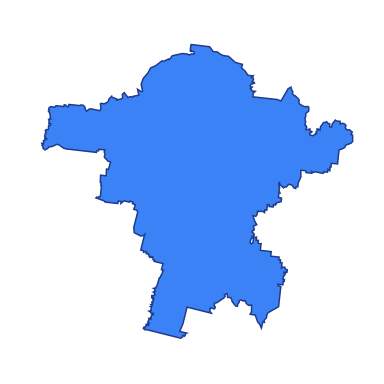 outline of Mitchell, Victoria, Australia, rotated 6°
{"feature_id": "25037944B63787272509894", "entity_name": "Mitchell", "entity_type": "district", "adm_level": 2, "iso_a3": "AUS", "parent_name": "Australia", "parent_adm1": "Victoria", "projection": "mercator", "projection_center": [145.144, -37.175], "detail": "fine", "context": "isolated", "style": "filled", "palette": "blue", "viewbox_px": 384, "rotation_deg": 6, "n_neighbors": 0, "source": "geoboundaries", "source_scale": "gbopen_adm2", "svg_char_len": 6016}
<svg xmlns="http://www.w3.org/2000/svg" viewBox="0 0 384 384"><g transform="rotate(6 192 192)"><path d="M42.3,142.0L42.8,143.3L42.3,145.2L40.5,145.1L39.7,146.2L40.8,148.6L40.0,149.0L39.6,152.1L41.7,154.1L40.2,154.0L40.6,155.0L40.1,154.8L40.1,155.9L38.8,156.7L39.4,157.4L39.0,159.1L37.5,159.3L38.2,160.5L38.8,160.4L38.0,161.4L39.2,162.3L39.1,163.8L41.3,165.5L44.0,163.8L44.9,162.2L48.3,161.3L52.5,158.8L54.7,158.9L59.6,161.8L62.2,162.3L92.8,162.6L92.9,161.1L94.9,160.7L94.9,159.2L101.1,159.3L100.5,161.3L101.6,163.9L101.1,165.8L101.4,166.9L105.4,170.2L107.9,170.6L106.5,178.3L104.6,178.1L104.9,184.9L99.3,184.8L99.8,192.1L100.6,192.1L100.8,195.2L101.3,195.2L101.3,206.1L99.7,206.6L99.1,207.6L98.1,207.8L97.8,207.1L97.1,207.9L105.9,210.1L106.6,211.1L119.4,211.2L119.7,208.8L122.4,208.8L122.5,210.8L125.2,207.9L131.0,208.6L131.3,207.5L134.4,208.3L134.0,209.8L137.0,210.5L135.9,215.3L139.0,215.8L140.1,217.7L137.8,233.3L138.8,238.5L145.8,241.2L148.4,240.2L149.3,239.2L147.1,255.1L149.5,255.4L150.2,257.0L152.3,255.9L152.9,258.0L153.9,258.4L154.3,257.6L155.6,258.7L155.8,260.2L156.4,260.1L156.9,261.4L158.8,261.2L158.7,260.4L159.4,260.4L160.2,261.5L160.2,263.3L162.2,264.0L161.8,265.0L170.6,266.2L169.7,272.4L171.8,272.8L171.1,273.5L170.9,276.7L169.9,277.8L169.4,280.3L168.5,280.7L166.8,289.6L165.6,290.7L165.9,291.5L164.0,291.9L165.0,292.3L165.2,294.1L165.8,294.4L164.0,295.5L165.0,295.8L165.0,296.7L165.9,297.4L165.5,298.7L162.8,299.2L162.9,300.8L164.3,300.6L165.0,301.8L163.9,302.1L165.0,303.0L164.5,303.3L165.0,304.3L163.6,305.5L163.7,306.3L164.5,306.2L164.5,307.1L164.2,308.0L163.0,308.2L164.1,309.0L162.6,310.3L163.7,310.6L163.4,313.7L163.8,314.2L161.7,315.0L163.3,315.7L164.1,317.0L166.4,316.7L166.3,318.2L165.6,318.0L164.5,318.8L164.6,321.2L163.4,321.1L164.0,321.5L163.5,321.8L164.1,322.7L162.3,322.3L162.5,323.4L161.6,326.0L163.1,327.0L161.5,327.8L162.7,328.1L162.8,329.2L160.1,329.1L160.2,330.7L158.7,331.4L158.8,332.6L158.0,332.1L157.9,332.9L159.9,334.0L161.1,333.6L196.1,338.6L197.9,337.0L197.9,335.6L199.6,336.2L200.4,334.7L200.1,333.6L201.4,332.9L194.4,331.9L196.8,323.8L199.1,307.0L223.9,310.5L222.2,308.6L222.2,305.4L226.6,305.9L227.2,304.0L226.0,302.7L226.1,300.1L228.3,299.5L234.8,294.0L235.9,292.2L235.0,291.1L237.0,289.4L237.7,289.6L238.5,293.1L241.8,293.1L243.5,296.9L247.4,300.9L249.1,300.9L249.4,298.2L250.3,297.1L250.5,295.1L252.0,294.2L254.5,295.1L255.9,294.3L257.8,297.3L260.2,298.9L263.0,298.2L263.7,304.6L262.6,307.6L267.7,307.7L270.9,314.4L273.2,316.5L275.2,320.1L276.1,313.8L277.7,314.0L277.1,312.2L279.3,309.1L279.2,306.9L280.1,304.2L290.1,297.0L290.2,276.9L287.5,276.3L287.0,274.8L292.1,274.8L292.1,271.3L293.1,271.3L293.1,269.4L291.7,269.4L291.7,265.9L292.6,265.6L293.7,262.6L291.8,263.0L291.8,262.2L294.9,261.8L294.9,259.4L294.0,259.5L291.7,257.2L292.8,257.2L291.8,257.1L290.3,257.3L288.9,258.3L288.9,252.9L287.1,253.0L287.1,250.2L285.4,250.2L285.4,247.6L277.0,247.6L277.0,243.0L266.0,242.9L266.1,236.1L265.1,236.5L263.1,236.0L263.1,233.2L260.9,233.2L260.9,230.1L257.9,230.9L257.9,236.1L256.6,237.4L254.9,235.8L255.7,232.2L256.8,231.0L256.5,229.7L257.5,229.8L258.4,228.7L258.1,227.1L255.9,225.5L255.9,224.6L257.5,223.7L257.3,222.9L257.8,222.6L256.5,219.6L259.8,217.8L257.1,213.8L255.2,209.1L258.0,209.5L258.8,208.3L259.3,205.8L259.0,204.4L264.5,203.9L266.3,204.9L266.3,202.2L268.3,202.2L268.3,196.7L270.2,196.7L270.2,198.4L274.3,198.4L274.3,196.3L276.3,196.3L276.3,194.9L277.1,194.9L277.0,194.3L277.7,193.7L281.7,192.3L281.7,188.7L278.5,188.3L278.5,183.8L279.6,183.8L278.6,181.9L278.2,179.6L278.8,178.9L277.5,175.3L277.4,174.1L278.0,173.5L278.5,175.3L282.4,178.1L282.4,177.0L282.8,177.8L285.6,176.9L287.2,174.2L290.9,174.7L292.7,177.2L294.7,177.7L294.7,176.2L296.7,175.8L296.7,171.7L298.7,165.6L297.9,159.0L303.0,159.0L303.4,160.8L309.2,160.8L309.1,159.3L309.8,160.0L312.8,159.0L320.1,159.8L321.1,159.0L321.1,158.1L324.7,158.1L324.8,155.3L326.8,156.5L326.8,152.7L327.6,152.7L327.6,148.9L333.8,148.9L333.8,134.9L338.3,132.6L339.4,131.4L340.1,129.3L345.0,126.9L346.5,125.0L345.8,118.7L344.1,118.1L345.2,115.7L341.9,113.6L340.4,114.1L338.9,113.6L337.7,111.8L338.2,109.7L336.6,108.3L334.4,107.9L332.3,108.9L331.9,106.2L328.2,106.3L327.0,105.5L324.4,109.6L324.0,112.7L322.0,112.8L321.9,109.9L319.8,109.3L318.5,108.0L317.1,109.0L315.7,109.0L313.0,113.7L312.8,117.3L310.7,116.1L309.7,116.3L310.1,117.8L309.1,119.2L309.8,120.8L308.7,120.9L308.4,121.9L306.2,123.4L303.3,123.0L302.8,121.2L304.7,120.2L304.9,119.4L302.9,118.9L302.7,117.0L299.0,118.2L298.6,116.9L299.3,115.9L298.8,114.3L297.2,113.6L297.7,110.3L296.7,107.2L297.2,105.2L297.0,101.9L299.6,99.3L299.3,95.5L298.0,94.9L294.6,95.4L289.7,93.2L288.6,90.7L289.1,89.7L288.4,88.5L284.4,85.4L283.6,85.6L281.6,83.6L281.7,81.7L279.6,78.4L279.5,77.4L276.8,79.2L271.0,92.2L267.0,91.1L242.5,91.0L242.7,87.1L244.4,85.3L240.6,85.1L240.4,83.7L239.3,83.2L240.9,81.4L239.3,81.2L238.7,80.2L239.4,78.9L242.8,77.2L242.1,76.3L240.4,76.4L241.5,73.4L240.3,71.5L240.6,70.5L239.4,71.5L239.8,70.1L235.5,70.1L232.2,66.2L228.3,63.4L228.8,59.8L221.6,58.6L214.0,53.2L209.1,53.1L205.5,51.9L202.8,50.1L198.3,50.1L194.4,45.7L175.9,45.4L175.5,46.0L175.5,51.6L176.2,51.4L175.9,52.1L176.7,52.3L179.1,52.1L179.6,52.6L179.6,54.7L177.3,54.7L174.6,56.1L173.3,55.3L167.9,55.3L158.1,58.6L155.7,62.7L154.8,62.1L150.2,65.0L148.6,64.6L142.9,70.0L137.8,73.0L135.8,78.1L131.6,84.2L130.2,90.1L132.3,97.0L131.0,97.5L127.1,95.5L129.0,101.3L123.4,103.0L123.4,103.7L120.2,103.7L118.5,104.8L114.2,100.2L112.5,102.2L113.2,105.5L112.2,106.7L107.5,108.4L107.7,107.5L102.3,105.9L102.1,105.2L99.7,108.1L99.0,111.2L95.3,113.6L92.8,113.2L91.7,113.8L92.8,118.6L91.8,120.8L82.8,119.8L80.9,120.4L78.8,122.7L77.7,121.6L76.4,118.4L74.6,117.1L72.5,117.0L71.1,117.8L60.4,117.8L60.4,119.7L59.2,120.4L57.7,118.9L55.8,118.6L55.7,120.4L47.8,120.4L46.3,122.1L42.7,121.8L41.2,122.9L40.7,124.8L41.6,125.8L40.8,126.7L42.2,128.2L43.2,131.5L43.1,133.2L44.0,134.0L41.8,134.8L42.5,136.4L42.5,138.8L44.0,138.6L44.4,139.2L44.1,140.4L42.7,140.5L42.3,142.0Z" fill="#3b82f6" stroke="#1e3a8a" stroke-width="1.5"/></g></svg>